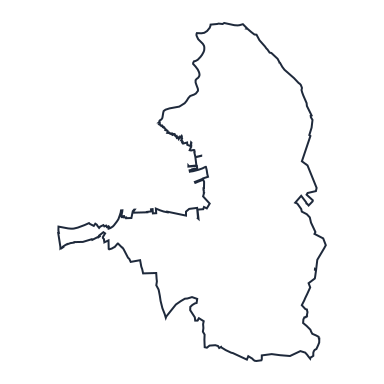 Siguldas pag., Siguldas, Latvia
{"feature_id": "27541924B22420925949574", "entity_name": "Siguldas pag.", "entity_type": "district", "adm_level": 2, "iso_a3": "LVA", "parent_name": "Latvia", "parent_adm1": "Siguldas", "projection": "mercator", "projection_center": [24.897, 57.148], "detail": "fine", "context": "isolated", "style": "outline", "palette": "slate", "viewbox_px": 384, "rotation_deg": 0, "n_neighbors": 0, "source": "geoboundaries", "source_scale": "gbopen_adm2", "svg_char_len": 5989}
<svg xmlns="http://www.w3.org/2000/svg" viewBox="0 0 384 384"><path d="M60.4,248.5L61.2,247.9L61.5,248.3L63.3,247.1L63.0,246.6L65.3,245.1L67.1,244.1L67.2,244.3L70.5,243.1L74.0,242.6L74.2,242.1L82.9,241.9L91.8,239.2L92.2,239.9L97.9,237.0L98.2,237.4L99.8,236.3L99.2,235.5L103.4,232.2L105.1,233.4L103.2,236.5L102.9,237.2L102.9,237.9L104.0,239.2L104.1,241.1L104.4,241.7L104.4,242.3L108.5,240.4L108.7,248.9L109.2,249.3L111.7,248.6L114.3,247.1L114.6,247.1L117.7,243.5L118.0,243.5L122.0,247.5L122.4,247.5L123.6,249.2L128.0,257.7L129.3,258.9L130.7,261.9L140.1,260.2L141.3,266.7L142.2,269.2L143.1,273.4L156.2,273.0L156.6,278.8L156.9,281.4L156.3,285.3L158.5,289.4L158.8,290.5L159.8,295.7L160.6,301.0L162.4,308.2L164.7,314.1L165.8,317.8L166.3,316.5L175.9,304.5L180.8,301.1L184.9,298.7L187.4,298.5L192.0,297.1L197.2,298.9L196.6,303.0L194.9,303.4L192.3,305.0L190.3,306.9L190.2,310.2L194.8,317.3L195.2,320.6L197.6,320.6L197.8,320.4L198.3,319.1L198.9,318.2L203.7,321.2L203.1,324.2L203.4,328.1L202.9,331.7L204.6,334.6L204.4,339.6L204.7,347.2L206.9,347.7L209.5,345.6L215.3,345.2L218.0,346.0L219.2,348.0L221.1,346.9L221.3,347.4L225.7,350.1L231.2,352.7L232.9,353.1L246.9,359.6L248.3,356.2L252.4,358.7L252.9,359.4L254.5,360.7L256.3,361.0L261.4,360.3L261.8,359.2L261.8,355.4L271.7,354.1L280.1,355.2L290.0,356.0L300.4,351.1L305.2,352.6L307.1,354.7L308.4,356.5L310.2,358.7L310.5,357.5L312.1,356.7L313.3,355.8L313.3,352.8L313.8,351.2L314.7,349.9L316.4,349.0L318.2,345.1L319.2,342.5L319.3,338.6L318.9,338.6L318.6,336.8L316.0,335.4L312.3,333.8L311.1,331.6L310.4,329.7L306.6,325.9L303.1,323.0L303.4,319.4L304.4,317.3L305.5,317.3L305.7,316.8L306.7,316.7L307.1,316.0L306.9,315.2L307.5,312.1L307.3,311.3L307.2,311.2L306.9,309.5L305.4,309.1L301.8,305.2L304.2,300.5L305.3,297.9L307.2,294.0L310.2,287.4L308.6,283.2L314.8,278.5L315.2,276.4L316.0,270.5L314.9,269.8L315.0,269.0L316.1,269.8L317.3,259.8L324.2,248.2L325.8,245.2L323.2,238.4L314.5,233.9L315.4,232.0L311.0,222.6L309.8,217.4L306.8,214.2L301.8,211.6L301.2,209.0L297.3,203.6L295.2,202.7L301.2,195.8L306.2,202.4L306.3,203.2L306.6,203.7L307.2,203.8L308.6,205.5L312.6,201.4L312.8,200.3L306.6,194.7L307.6,193.0L315.9,191.1L316.6,187.9L307.5,165.4L301.9,161.3L310.4,136.0L309.3,135.1L311.6,127.6L312.5,119.9L310.9,117.3L310.7,115.8L311.6,115.5L306.9,106.0L306.6,103.1L303.3,95.5L302.2,92.5L301.5,90.0L301.9,88.4L301.9,87.7L300.8,84.9L299.5,83.5L298.8,83.2L294.0,78.1L284.5,69.8L282.3,66.9L280.0,62.8L279.4,62.6L279.4,62.2L277.6,58.8L271.4,53.0L269.6,52.6L269.4,52.3L267.4,49.4L266.4,48.5L265.0,46.5L259.5,40.3L256.5,34.7L254.4,34.5L251.3,32.1L247.6,28.9L246.7,28.7L247.1,28.4L242.9,24.2L239.4,25.2L237.6,25.4L234.4,25.2L224.2,23.0L222.6,24.0L218.6,23.6L217.1,24.0L210.6,24.6L210.4,25.9L209.7,27.8L207.1,31.0L204.3,32.8L201.4,33.3L196.9,33.1L196.5,34.0L196.5,35.4L197.1,36.9L198.2,39.2L202.9,43.9L204.0,45.8L204.3,47.2L204.3,49.0L204.1,50.6L203.5,52.2L202.0,54.9L200.4,57.0L197.7,59.8L195.5,61.0L194.0,61.3L193.2,62.8L193.1,63.9L195.5,66.5L197.8,69.6L199.1,72.4L199.5,74.3L199.4,75.7L198.6,77.2L197.8,78.1L196.7,78.8L195.6,80.2L195.6,82.5L196.4,84.9L197.8,88.6L198.0,89.9L197.9,90.9L195.9,93.5L194.0,94.6L190.2,96.0L188.4,98.0L186.6,100.9L184.7,103.2L179.3,106.6L169.5,108.4L165.5,109.7L163.7,111.0L163.3,112.4L162.5,117.2L162.2,118.3L161.2,119.6L160.2,120.1L159.6,120.7L159.7,121.0L159.3,121.6L159.5,122.1L158.7,122.7L159.7,122.9L159.6,123.6L159.8,123.9L159.3,124.4L159.9,124.6L160.5,125.4L161.0,125.4L161.3,125.9L162.0,125.5L162.5,126.3L163.3,126.6L163.4,126.8L163.2,127.2L164.2,127.3L164.4,127.6L164.3,128.1L164.9,128.5L165.5,129.7L165.8,129.4L166.0,129.6L165.6,130.1L167.2,130.5L167.6,130.9L167.6,131.4L167.4,131.9L167.7,132.1L167.8,132.5L167.5,132.9L168.3,133.0L168.5,132.3L168.8,132.3L169.3,132.8L169.8,133.5L170.1,133.4L170.5,133.8L170.9,133.5L172.5,135.0L172.8,134.9L172.7,134.6L172.4,134.5L172.5,133.9L172.8,134.2L173.9,133.9L174.6,134.1L174.6,134.7L175.0,134.8L175.2,135.1L175.0,135.3L175.0,135.6L175.5,136.1L176.1,135.9L176.4,136.4L176.4,136.9L176.6,137.4L177.0,136.8L177.4,137.9L178.1,137.8L178.6,137.4L178.5,138.2L178.7,139.0L181.6,135.8L181.8,136.2L181.6,136.4L181.7,137.0L182.1,138.5L181.9,138.7L181.7,138.7L181.5,139.3L181.6,139.8L181.2,140.4L181.9,140.5L182.0,141.2L182.7,141.6L182.7,141.9L182.4,141.9L182.4,142.1L182.1,142.4L182.7,143.4L183.0,143.6L187.1,142.5L187.3,144.8L191.0,146.3L190.8,144.3L191.1,142.4L191.4,142.7L191.1,144.2L191.3,145.6L191.2,146.5L189.7,150.2L191.1,150.5L193.4,150.0L193.8,150.3L194.3,150.2L194.7,151.9L194.3,152.2L195.4,157.1L201.2,155.7L201.2,155.9L195.4,157.3L196.4,165.5L189.5,166.2L188.9,166.2L188.4,165.6L188.4,166.6L196.9,165.9L197.2,168.5L194.9,168.8L194.7,168.7L192.0,169.3L191.8,169.8L189.6,170.3L189.9,171.7L192.3,171.1L192.3,171.3L193.0,171.2L198.7,169.7L202.4,168.4L205.4,166.9L205.9,166.9L206.7,170.1L207.3,174.1L208.0,176.8L203.0,178.4L202.7,178.6L202.8,178.8L194.9,181.9L195.3,182.8L203.2,179.7L203.8,181.2L203.9,181.3L204.1,181.8L204.0,188.2L203.5,188.2L203.5,190.1L203.8,190.4L203.8,192.9L203.8,193.1L204.0,193.1L203.1,196.4L204.2,197.6L209.7,203.6L206.8,208.4L204.0,207.0L203.2,209.2L197.5,209.6L198.5,218.9L197.7,218.2L198.0,217.8L197.1,207.9L189.2,208.9L186.0,211.6L186.0,215.6L167.4,211.7L167.5,212.3L163.6,211.5L160.0,210.3L155.9,208.6L156.2,213.2L152.9,213.4L152.6,209.1L151.0,209.3L151.3,211.4L147.1,211.9L147.2,212.3L133.0,212.7L133.4,211.4L134.7,209.6L134.2,209.6L132.8,211.2L132.7,211.6L131.4,218.0L126.1,218.2L126.1,217.4L124.1,217.4L124.0,216.1L122.6,216.2L122.6,217.1L121.9,217.1L121.9,216.3L121.4,216.3L121.4,215.8L122.3,211.3L122.4,210.3L121.0,210.4L120.7,212.5L119.8,215.3L118.4,219.2L116.9,221.5L113.9,225.4L112.8,226.5L110.5,228.0L108.5,228.7L108.1,227.4L109.1,226.9L108.5,226.2L106.8,227.0L106.1,225.6L104.3,226.4L103.4,225.1L100.2,226.6L99.1,227.9L97.5,225.9L96.8,224.7L95.3,223.7L93.8,225.9L89.8,223.9L89.0,223.1L84.5,225.1L77.8,227.6L73.7,228.6L71.3,228.7L68.1,228.4L58.5,226.6L58.4,230.4L58.9,232.9L58.2,232.9L60.4,246.9L60.4,248.5Z" fill="none" stroke="#1e293b" stroke-width="2"/></svg>